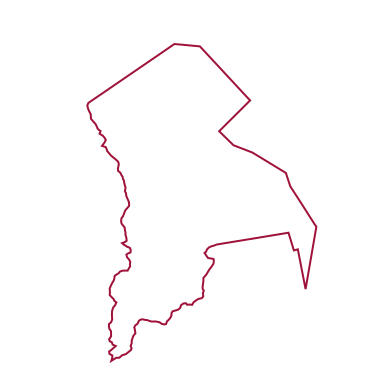 Santa Cruz dos Milagres, Piauí, Brazil (Albers equal-area conic projection), rotated 258°
{"feature_id": "56859067B5248351450289", "entity_name": "Santa Cruz dos Milagres", "entity_type": "district", "adm_level": 2, "iso_a3": "BRA", "parent_name": "Brazil", "parent_adm1": "Piauí", "projection": "albers", "projection_center": [-41.95, -5.915], "detail": "fine", "context": "isolated", "style": "outline", "palette": "rose", "viewbox_px": 384, "rotation_deg": 258, "n_neighbors": 0, "source": "geoboundaries", "source_scale": "gbopen_adm2", "svg_char_len": 2613}
<svg xmlns="http://www.w3.org/2000/svg" viewBox="0 0 384 384"><g transform="rotate(258 192 192)"><path d="M332.8,230.0L334.4,224.9L338.9,210.5L340.4,205.5L335.8,194.4L329.0,177.9L300.7,109.2L298.4,107.6L295.8,107.6L292.7,108.1L289.1,109.1L284.6,108.4L281.8,109.9L278.7,111.7L275.9,112.5L273.7,112.8L272.1,113.8L270.6,115.2L268.2,113.7L265.7,116.4L263.2,117.8L260.8,118.5L258.7,116.8L255.8,113.6L253.9,116.9L251.9,117.4L249.6,117.6L246.7,119.2L244.4,120.4L242.3,122.1L240.1,123.9L238.4,125.1L236.8,126.1L234.4,126.2L232.1,125.2L230.3,124.4L228.0,124.1L225.8,125.9L223.2,126.5L221.2,127.3L219.1,127.2L217.2,127.8L214.8,127.6L212.5,127.7L210.1,127.9L208.3,127.2L206.5,126.5L204.6,127.2L201.8,126.9L198.3,127.6L195.5,128.2L193.4,128.0L191.5,127.6L189.8,125.4L188.1,123.1L185.5,121.3L182.8,119.6L180.9,117.5L178.2,116.6L175.8,116.5L174.1,117.3L171.4,118.7L168.4,118.5L166.1,118.5L163.9,118.0L161.0,118.3L157.8,117.9L156.9,115.6L156.5,113.0L154.6,114.4L153.3,115.9L151.9,117.2L150.5,119.5L148.1,120.0L145.7,119.3L145.2,116.7L144.4,114.8L141.7,114.9L139.3,116.3L136.5,117.1L134.2,116.2L132.1,116.0L130.6,114.5L128.5,112.7L129.1,110.1L129.5,107.1L129.0,104.8L127.8,103.4L127.1,101.3L126.0,98.9L123.7,98.1L121.8,97.1L119.9,95.3L117.3,93.2L114.7,91.4L110.6,90.8L108.4,90.1L105.9,91.5L103.9,92.9L101.4,93.6L99.8,95.1L97.3,93.3L95.2,90.7L91.7,88.9L87.9,88.0L84.1,87.5L81.5,85.9L80.0,83.3L77.8,82.8L75.5,82.7L72.8,83.8L70.3,83.4L67.6,82.8L65.2,80.3L63.1,80.5L61.6,82.4L59.3,82.6L57.2,85.4L55.1,81.6L54.0,79.7L53.3,77.8L50.8,77.6L48.7,80.1L46.1,79.4L43.6,78.0L45.6,83.4L45.0,86.4L46.8,89.6L47.2,93.7L48.6,96.4L50.0,99.3L51.6,100.4L54.1,100.0L56.5,101.5L59.1,102.1L61.9,103.7L63.9,105.1L65.4,107.2L68.8,107.5L71.6,107.4L73.2,108.7L74.6,111.5L76.7,112.9L77.7,114.6L77.9,116.8L76.8,119.2L75.9,121.8L74.6,123.7L73.6,125.8L73.0,129.3L71.4,133.1L69.5,134.8L68.3,137.0L68.2,139.1L70.6,140.6L72.2,143.2L73.7,144.9L75.7,146.3L77.9,146.8L79.3,148.2L79.5,150.5L79.7,153.6L81.0,156.3L83.5,157.7L84.7,160.2L84.5,162.9L82.7,163.8L82.4,166.4L81.6,168.7L83.8,170.6L85.1,173.4L86.1,176.2L86.1,179.5L87.5,181.3L91.0,181.7L92.9,183.0L95.2,182.3L97.5,182.8L100.3,183.8L102.7,184.7L105.6,185.3L108.1,188.7L110.6,191.0L112.7,193.0L114.6,195.3L117.3,198.0L119.9,199.0L121.9,199.2L123.0,196.8L124.1,194.0L126.5,192.9L129.8,191.6L130.7,193.4L132.7,194.7L134.2,197.0L134.8,199.2L135.0,202.5L135.5,205.1L132.1,277.9L113.7,279.5L113.9,283.6L73.4,282.9L132.1,306.4L135.3,305.1L159.9,295.9L177.1,289.3L191.1,287.8L211.9,265.8L218.1,259.2L229.1,242.3L245.8,231.2L269.5,267.9L273.9,265.2L332.8,230.0Z" fill="none" stroke="#9f1239" stroke-width="2"/></g></svg>